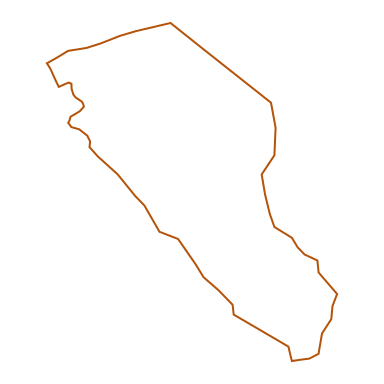 the district of Soufriere Estate, Soufrière, Saint Lucia
{"feature_id": "8701671B12581562971222", "entity_name": "Soufriere Estate", "entity_type": "district", "adm_level": 2, "iso_a3": "LCA", "parent_name": "Saint Lucia", "parent_adm1": "Soufrière", "projection": "mercator", "projection_center": [-61.055, 13.851], "detail": "fine", "context": "isolated", "style": "outline", "palette": "amber", "viewbox_px": 384, "rotation_deg": 0, "n_neighbors": 0, "source": "geoboundaries", "source_scale": "gbopen_adm2", "svg_char_len": 945}
<svg xmlns="http://www.w3.org/2000/svg" viewBox="0 0 384 384"><path d="M271.5,105.4L271.0,102.7L205.9,51.2L170.5,23.0L136.0,31.1L119.8,35.9L100.8,43.4L86.2,48.0L68.0,50.9L57.0,57.6L46.9,63.3L50.2,68.4L56.0,81.2L58.8,86.9L65.4,83.9L68.8,82.6L71.4,83.7L71.6,88.8L73.4,94.7L75.8,97.6L81.8,101.6L83.1,103.8L83.9,106.7L79.7,111.3L74.7,114.3L70.6,116.7L69.3,121.0L68.2,122.8L71.4,127.1L79.2,129.3L87.3,135.7L90.1,141.4L89.6,146.5L89.5,147.2L97.9,156.5L117.7,174.4L135.1,195.9L144.4,205.5L159.5,231.8L178.1,239.0L195.5,264.1L203.6,277.3L218.7,290.4L232.6,304.8L233.7,314.6L288.4,346.6L291.0,357.6L291.9,361.0L300.7,359.7L309.3,358.6L318.6,353.8L318.7,352.9L322.0,333.5L331.3,319.1L331.8,313.4L332.5,306.0L337.1,294.0L318.6,272.5L317.4,260.5L304.6,254.5L297.7,247.4L291.9,237.8L278.3,229.4L274.4,227.0L269.8,213.9L265.1,194.7L262.4,178.7L261.7,174.4L265.9,168.1L274.4,155.3L275.6,127.8L271.5,105.4Z" fill="none" stroke="#b45309" stroke-width="2"/></svg>